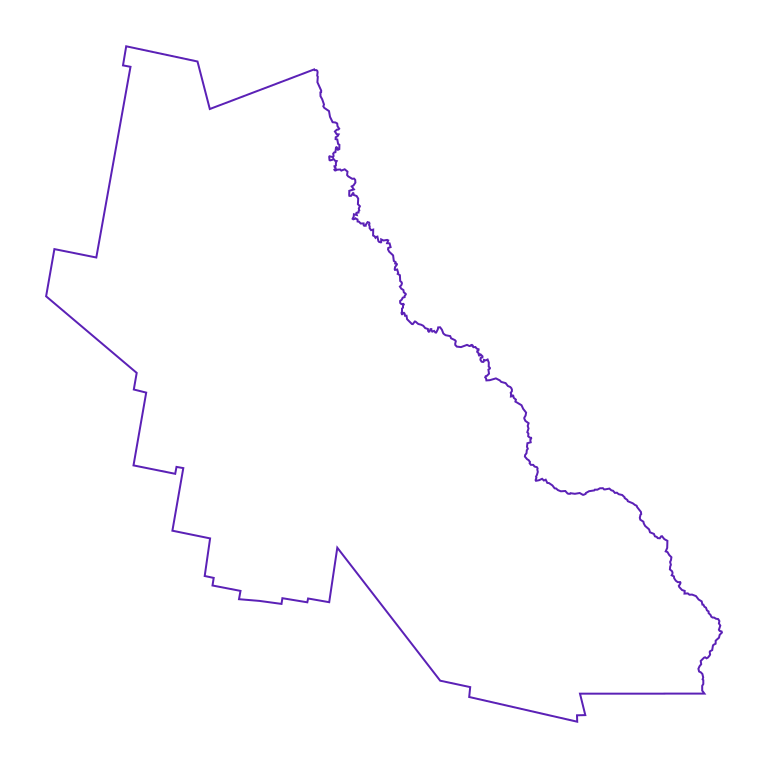 the district of Sarmiento, Santiago del Estero, Argentina
{"feature_id": "61730980B44188734520902", "entity_name": "Sarmiento", "entity_type": "district", "adm_level": 2, "iso_a3": "ARG", "parent_name": "Argentina", "parent_adm1": "Santiago del Estero", "projection": "natural_earth1", "projection_center": [-63.319, -28.083], "detail": "fine", "context": "isolated", "style": "outline", "palette": "violet", "viewbox_px": 768, "rotation_deg": 0, "n_neighbors": 0, "source": "geoboundaries", "source_scale": "gbopen_adm2", "svg_char_len": 6107}
<svg xmlns="http://www.w3.org/2000/svg" viewBox="0 0 768 768"><path d="M703.3,680.1L702.6,679.4L703.2,677.5L702.4,674.0L700.9,672.4L699.1,671.5L698.4,668.8L699.5,666.3L701.2,664.2L700.7,661.0L704.0,657.7L705.1,657.3L706.6,658.3L708.0,657.5L709.6,655.5L710.1,654.5L709.7,652.0L710.0,651.3L712.2,650.1L712.9,645.8L713.4,644.9L715.6,643.7L715.7,640.6L719.0,637.7L719.7,634.8L721.9,632.6L721.6,631.5L719.7,630.9L718.9,629.8L720.3,625.6L718.9,623.4L719.4,621.1L718.2,619.1L715.9,618.7L714.2,617.6L712.5,617.5L711.3,616.7L710.5,614.9L708.6,613.1L708.6,611.5L706.9,610.3L706.0,607.7L704.4,606.7L703.4,604.7L702.4,604.6L701.7,601.4L698.6,599.5L696.0,596.1L692.1,594.6L689.4,594.7L687.8,593.4L684.5,593.6L684.7,590.9L682.0,590.0L679.3,587.1L678.8,585.9L680.0,584.2L680.5,582.9L680.2,582.1L677.7,582.1L675.8,580.7L674.2,578.3L673.9,576.4L671.7,575.3L672.4,574.1L672.5,572.5L672.0,571.2L669.9,569.4L670.2,566.5L670.9,564.8L670.1,562.0L671.0,560.0L671.4,557.2L669.2,555.0L667.5,552.1L665.7,551.4L667.2,547.9L667.4,540.8L664.3,539.1L662.0,536.2L661.1,536.4L659.8,538.3L657.7,538.1L656.7,536.9L654.9,536.3L653.9,533.9L650.0,532.3L649.1,529.4L645.1,525.9L643.8,523.5L643.4,521.7L640.3,519.7L639.8,517.8L640.5,514.7L641.2,514.1L640.9,511.9L637.2,507.2L636.6,505.7L635.0,505.0L632.8,503.3L627.8,501.2L627.3,499.9L624.7,498.1L624.6,497.3L622.2,495.0L618.7,494.2L616.9,492.7L614.9,492.9L613.1,490.8L611.3,490.3L609.4,488.6L605.1,489.4L604.1,489.4L602.9,488.2L599.9,488.3L597.4,489.7L594.8,489.7L594.3,490.4L589.1,491.2L585.9,493.0L585.6,493.9L583.6,494.8L582.8,494.8L579.7,493.0L574.9,493.8L570.5,493.2L570.1,493.8L568.7,493.8L567.6,493.5L565.3,491.0L560.9,491.3L557.9,490.1L556.1,488.5L554.6,488.3L552.4,485.4L549.0,483.1L547.3,482.9L545.7,479.7L543.9,480.5L542.1,478.8L539.1,480.2L536.0,480.8L535.6,480.1L536.4,477.7L536.0,476.8L537.0,474.7L537.8,471.9L537.3,469.5L537.6,468.4L536.9,467.2L534.5,466.5L533.3,464.9L530.8,464.8L529.6,463.2L530.0,462.0L528.6,460.1L527.1,459.2L524.9,456.6L525.1,455.1L526.5,453.2L526.8,450.2L527.8,448.8L527.0,446.8L527.4,443.2L530.7,442.3L530.3,439.9L531.2,438.4L531.1,437.8L529.8,437.6L528.2,436.3L528.4,433.5L527.3,432.2L528.5,428.5L527.7,425.9L528.6,423.2L525.4,420.9L524.3,418.6L524.3,417.7L525.6,415.5L526.1,412.6L523.2,408.9L521.5,405.2L515.4,401.6L515.9,399.6L513.8,397.9L513.2,395.6L512.1,395.4L511.9,396.3L510.9,396.5L511.1,393.9L510.7,392.9L511.9,391.2L511.9,389.5L511.3,388.1L510.3,387.0L507.9,386.0L505.6,383.1L501.2,381.9L499.8,380.4L495.9,378.4L489.7,380.2L486.4,380.4L486.0,378.2L485.2,377.4L485.7,376.2L486.8,375.9L489.0,373.7L488.4,369.6L489.9,368.5L489.9,367.9L488.7,366.6L488.8,362.6L487.6,359.5L485.7,360.4L484.0,359.9L483.8,361.5L483.1,362.0L481.6,361.7L480.4,359.8L480.7,358.0L482.4,357.3L482.5,356.3L480.6,354.4L479.8,354.8L479.9,355.4L479.1,355.5L478.7,354.6L478.9,353.6L477.2,351.9L477.2,351.2L478.4,350.5L478.6,349.3L476.7,348.6L475.4,347.0L473.4,347.2L472.9,346.6L472.8,345.6L471.9,344.9L471.3,345.0L471.3,345.7L469.4,346.0L467.0,344.9L461.0,347.1L456.8,346.6L455.3,345.0L455.2,343.7L455.8,341.2L454.9,340.1L451.1,338.3L450.2,336.1L445.6,335.2L444.3,334.3L443.3,333.4L441.9,329.7L440.1,327.3L438.2,327.4L437.8,329.4L436.2,332.5L435.4,332.5L434.1,330.9L432.3,331.6L431.3,329.9L431.3,329.1L430.5,329.1L429.5,331.5L428.7,331.7L428.1,330.9L427.9,329.0L425.2,328.1L423.3,325.8L421.1,324.7L418.3,324.0L415.5,321.6L414.8,321.5L412.8,324.1L411.9,324.0L407.1,319.2L406.5,315.7L405.1,315.8L404.5,313.4L403.9,312.8L403.2,312.9L402.5,314.2L401.9,314.2L401.5,312.9L402.0,311.6L402.0,308.6L403.0,307.6L403.0,305.7L403.8,304.4L403.4,303.9L401.5,304.1L400.7,303.5L400.2,302.9L400.1,301.0L401.7,299.7L402.7,297.7L404.6,297.1L404.6,296.1L405.8,294.4L405.7,293.8L403.8,292.3L403.4,290.0L401.3,288.7L399.9,286.6L401.3,285.2L401.9,283.6L401.7,282.4L400.2,281.0L399.9,275.2L397.7,273.9L398.2,272.9L397.2,269.5L395.0,269.9L394.7,269.2L395.1,267.0L396.9,264.6L396.8,264.0L395.2,263.5L395.7,262.3L393.8,260.9L393.1,255.4L389.1,251.6L388.0,249.4L388.3,247.9L390.6,247.1L389.6,243.4L387.1,243.2L388.2,240.4L387.1,239.9L383.6,240.5L381.2,239.4L381.2,242.1L380.9,242.4L379.1,241.9L378.4,241.1L377.4,236.6L376.4,236.9L375.5,237.8L374.6,236.3L373.1,235.5L373.2,229.6L371.1,230.2L369.6,228.1L369.7,226.4L369.0,224.8L369.5,223.8L369.2,222.6L367.6,222.1L365.7,224.9L365.7,225.7L364.2,225.8L363.7,225.2L363.6,223.4L360.7,223.5L359.0,221.7L357.6,221.5L357.5,219.5L355.4,218.3L355.1,218.8L353.3,219.3L352.6,218.8L353.7,216.6L353.9,214.3L356.8,215.0L356.3,213.3L356.5,212.8L358.5,212.5L358.5,211.2L359.3,210.5L358.8,208.5L359.9,206.2L357.9,204.2L358.2,198.6L356.6,196.0L353.6,194.9L353.5,193.3L353.1,193.0L351.0,195.9L349.4,195.9L349.2,195.1L349.3,190.8L353.9,189.4L351.7,186.4L353.5,185.4L355.4,182.6L355.2,179.9L354.1,178.6L352.2,178.8L348.1,176.3L347.1,175.0L347.5,171.6L344.7,169.3L341.3,170.6L340.2,169.5L337.2,169.7L335.5,170.5L334.7,170.3L334.4,169.6L335.6,168.9L335.7,168.2L334.5,166.8L334.5,166.2L335.3,166.2L335.9,165.5L335.9,162.6L336.7,161.1L335.1,160.8L333.4,158.8L332.1,159.9L330.1,160.4L329.5,160.0L329.2,156.8L329.5,156.3L333.0,157.1L333.6,156.0L333.2,153.6L334.2,152.4L335.4,152.2L336.0,147.5L336.6,147.2L337.3,148.0L337.4,149.4L337.9,149.8L339.3,149.1L339.4,144.8L338.1,143.9L337.3,139.5L335.6,139.1L335.7,137.3L337.7,136.0L338.6,134.4L336.6,134.1L334.9,131.5L336.8,129.7L338.4,129.5L339.2,128.7L337.5,126.2L337.2,123.5L335.5,122.5L332.6,122.2L330.0,116.8L329.0,111.1L324.3,107.9L323.3,106.3L324.0,104.5L322.2,99.3L320.5,96.2L320.4,92.4L321.1,92.2L321.2,90.6L317.4,82.2L317.8,76.7L317.2,75.7L317.6,72.1L317.2,70.7L316.3,70.1L314.5,70.1L314.2,69.4L209.8,109.0L197.5,61.5L126.2,46.3L123.0,65.4L130.5,66.8L96.3,257.5L54.4,249.1L46.1,296.3L136.7,372.9L133.8,389.5L146.2,392.6L133.5,465.4L175.2,473.8L176.5,466.9L183.3,468.1L172.4,530.7L210.1,538.4L204.7,576.0L213.7,577.9L212.5,585.5L240.5,590.9L239.0,599.2L259.4,600.9L281.5,603.9L282.4,598.2L307.3,602.3L308.1,598.5L329.2,602.2L337.3,547.7L440.2,680.7L470.2,687.1L469.2,697.0L577.2,721.7L577.0,715.3L585.3,715.1L580.0,693.7L704.4,693.6L702.2,690.6L702.2,685.8L703.3,684.0L703.3,680.1Z" fill="none" stroke="#5b21b6" stroke-width="2"/></svg>